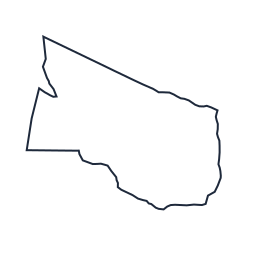 Santo Inácio, Paraná, Brazil (Robinson projection), rotated 101°
{"feature_id": "56859067B19800115986523", "entity_name": "Santo Inácio", "entity_type": "district", "adm_level": 2, "iso_a3": "BRA", "parent_name": "Brazil", "parent_adm1": "Paraná", "projection": "robinson", "projection_center": [-51.799, -22.725], "detail": "fine", "context": "isolated", "style": "outline", "palette": "slate", "viewbox_px": 256, "rotation_deg": 101, "n_neighbors": 0, "source": "geoboundaries", "source_scale": "gbopen_adm2", "svg_char_len": 1158}
<svg xmlns="http://www.w3.org/2000/svg" viewBox="0 0 256 256"><g transform="rotate(101 128 128)"><path d="M93.6,43.5L91.9,50.3L91.2,54.9L92.4,57.8L93.1,62.1L92.4,66.4L89.3,73.6L88.6,78.2L88.8,81.9L87.6,86.0L86.4,89.3L85.3,94.1L86.4,101.4L87.1,104.7L86.1,107.2L84.8,110.8L82.4,121.6L80.1,130.8L74.4,152.7L73.1,157.5L54.5,228.5L75.9,221.9L84.1,223.2L94.3,217.1L97.1,214.7L99.4,213.7L104.0,208.5L110.7,204.2L111.6,207.3L110.7,210.8L109.7,213.6L108.8,216.5L106.0,222.8L137.0,224.4L169.1,223.2L163.7,193.8L160.3,175.4L159.6,172.0L162.9,170.7L168.4,166.2L170.1,155.7L169.2,151.6L168.2,147.8L168.5,143.9L168.8,140.8L173.4,136.2L178.5,130.2L181.4,129.2L183.9,127.4L188.0,126.7L189.9,122.8L193.0,110.7L195.4,104.7L195.9,99.5L196.0,95.8L198.1,93.2L198.2,90.6L199.5,88.2L200.9,85.6L201.5,82.5L201.1,77.5L197.6,74.5L195.5,71.4L194.4,67.2L192.7,55.6L190.6,48.7L189.9,43.5L189.5,40.7L187.7,37.3L179.1,36.6L174.1,30.7L167.4,28.9L159.3,27.5L157.1,27.8L152.7,29.1L149.5,30.4L146.3,32.3L141.2,32.6L134.5,33.4L128.0,34.7L123.0,35.9L119.7,38.0L116.7,39.5L112.0,39.7L106.9,40.6L103.4,42.5L100.3,43.9L97.0,43.8L93.6,43.5Z" fill="none" stroke="#1e293b" stroke-width="2"/></g></svg>